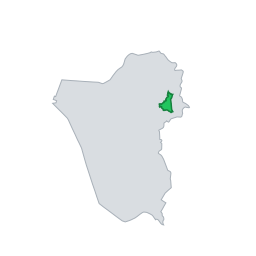 Chamchamal, As-Sulaymaniyah, Iraq shown in context, rotated 32°
{"feature_id": "34846034B49134433337490", "entity_name": "Chamchamal", "entity_type": "district", "adm_level": 2, "iso_a3": "IRQ", "parent_name": "Iraq", "parent_adm1": "As-Sulaymaniyah", "projection": "albers", "projection_center": [44.962, 35.42], "detail": "fine", "context": "in_parent", "style": "filled", "palette": "green", "viewbox_px": 256, "rotation_deg": 32, "n_neighbors": 0, "source": "geoboundaries", "source_scale": "gbopen_adm2", "svg_char_len": 5132}
<svg xmlns="http://www.w3.org/2000/svg" viewBox="0 0 256 256"><g transform="rotate(32 128 128)"><path d="M107.3,51.2L108.8,50.8L111.7,48.5L113.4,46.4L113.9,46.2L115.4,46.9L116.4,47.2L118.9,46.4L120.3,46.8L121.6,47.4L122.2,47.5L125.5,48.9L126.3,49.1L128.0,49.3L130.5,49.4L132.2,48.5L133.3,47.6L134.1,47.7L134.9,47.9L135.6,48.3L136.1,48.9L136.4,49.8L136.2,52.8L136.5,53.6L136.9,54.2L137.5,54.3L138.2,53.6L139.4,52.7L140.9,51.7L142.0,50.8L142.6,50.4L143.6,50.5L144.6,50.6L145.1,51.1L145.6,52.6L146.9,57.8L147.7,58.5L148.5,59.0L149.1,59.8L149.3,60.6L149.3,61.8L149.3,63.2L149.6,64.3L150.1,65.1L150.6,65.5L151.3,65.6L152.1,65.7L152.6,66.6L154.4,72.5L154.6,73.3L155.3,73.5L156.5,73.4L157.8,74.0L159.1,75.0L160.4,76.7L161.2,77.0L163.8,76.7L167.4,77.0L169.2,77.9L169.0,78.5L167.7,79.1L165.4,79.9L164.7,81.2L164.4,82.9L164.5,83.8L165.0,84.8L166.7,86.8L166.8,87.6L167.1,88.6L167.4,89.3L167.1,90.7L165.6,91.6L163.7,92.6L159.8,97.2L159.5,98.2L159.5,100.9L159.2,101.6L157.9,101.6L156.9,101.5L156.9,102.4L156.3,103.7L155.9,104.8L157.4,107.3L157.7,108.7L157.4,109.9L156.1,112.1L155.3,113.5L155.5,113.9L156.6,114.4L159.9,119.1L160.9,120.8L162.3,120.3L162.8,120.3L163.3,120.6L163.5,121.1L163.5,121.9L163.2,122.9L164.9,123.3L165.6,124.4L167.7,128.0L167.6,129.1L166.7,130.9L166.7,132.0L166.9,133.0L167.2,133.4L170.3,133.5L171.6,133.9L174.8,135.7L178.5,138.5L181.5,140.8L184.1,142.8L186.8,142.6L187.6,142.9L188.3,143.5L189.1,145.1L190.8,148.8L192.1,150.0L194.3,153.0L196.3,155.7L195.1,159.5L194.0,163.5L194.1,168.6L194.2,171.3L196.9,171.4L199.8,171.4L199.9,174.7L200.1,177.9L200.2,181.7L201.1,181.8L202.5,182.6L203.1,183.8L203.9,184.4L204.8,184.5L205.7,185.1L206.6,186.1L207.0,186.9L206.8,187.5L207.0,188.5L207.7,189.9L208.4,190.5L209.6,191.3L208.1,191.8L206.3,191.5L202.6,190.0L201.5,189.9L199.9,190.6L199.9,191.2L196.0,189.5L194.6,189.1L194.1,189.1L191.9,189.2L188.7,189.6L186.9,190.4L185.6,191.2L185.1,192.0L184.9,192.4L183.9,194.7L182.8,197.7L181.7,200.4L179.4,204.1L178.1,205.9L175.4,209.1L172.3,209.8L165.3,209.3L157.5,208.6L149.7,208.0L143.9,207.4L143.5,207.3L137.8,202.7L133.4,199.0L127.8,194.5L122.2,189.8L116.5,185.0L112.3,181.5L107.4,177.1L102.9,173.0L99.3,169.7L94.8,166.8L91.2,164.6L86.1,161.2L82.0,158.6L78.5,156.3L73.1,152.7L71.3,151.8L65.6,150.4L60.3,149.2L54.7,147.9L51.0,147.0L53.6,144.8L53.0,142.7L51.2,143.0L49.5,143.4L48.7,140.0L50.0,139.7L49.1,135.4L48.2,130.9L47.3,126.6L46.4,122.2L51.2,119.7L54.8,117.8L59.8,115.1L64.6,112.6L69.2,110.1L74.2,107.4L78.7,104.9L82.7,104.0L83.6,103.2L85.6,99.7L87.2,96.7L87.3,96.0L87.5,91.6L88.0,86.5L88.6,83.7L89.6,81.3L90.4,79.6L90.6,78.0L90.5,76.3L89.8,73.7L89.0,71.0L89.2,68.5L89.4,67.1L90.1,64.9L91.0,63.4L92.1,62.4L95.8,61.5L98.0,61.0L101.0,58.3L102.8,56.6L105.3,54.1L107.1,52.1L107.3,51.5L107.3,51.2Z" fill="#d9dde1" stroke="#a8b0b8" stroke-width="1"/><path d="M149.0,79.4L148.9,79.0L148.8,78.4L148.7,78.2L148.4,77.2L148.2,76.6L148.1,76.3L148.1,76.2L148.0,76.3L147.8,76.3L147.6,76.2L147.2,76.0L146.9,76.1L146.9,76.5L146.3,76.7L146.2,76.5L146.1,76.4L145.9,76.4L145.8,76.5L145.7,76.6L145.2,76.3L144.8,76.4L144.6,76.3L144.3,76.3L144.1,76.3L143.8,76.1L143.7,76.1L143.4,76.2L143.2,76.1L142.9,75.9L143.0,76.3L143.1,76.6L143.1,76.8L143.2,77.0L143.2,77.3L143.3,77.4L143.5,76.7L143.7,76.8L143.7,77.1L143.8,77.3L143.7,77.5L143.6,77.9L143.8,78.1L144.1,78.6L144.3,78.7L144.4,78.8L144.4,79.1L144.2,79.3L144.5,79.4L145.1,79.4L145.3,79.6L145.5,79.8L145.5,80.2L145.3,80.6L145.0,81.0L144.9,81.1L144.8,81.4L144.8,81.7L144.8,82.1L144.9,82.7L144.8,83.0L144.8,83.6L145.0,83.7L145.1,83.8L145.2,84.0L145.3,84.0L145.7,84.1L145.7,85.0L145.3,85.2L145.1,85.6L144.9,85.8L144.4,86.0L144.5,86.5L144.9,86.7L145.0,87.3L144.8,87.5L144.5,87.5L144.4,87.8L144.3,88.2L144.2,88.8L144.1,89.1L143.9,89.4L143.8,89.8L143.9,90.1L143.6,90.1L142.9,90.2L142.7,90.4L142.5,90.6L142.1,91.0L141.9,91.0L142.0,91.3L142.3,91.7L142.7,91.9L142.8,92.1L142.9,92.3L143.1,92.6L143.2,92.8L143.2,93.0L143.4,93.1L143.5,93.2L143.6,92.7L143.8,92.6L144.2,92.8L144.3,92.7L144.6,92.6L144.9,92.4L144.9,92.7L145.1,92.6L145.3,92.6L145.6,92.7L145.8,92.9L146.0,93.1L146.4,93.3L147.0,93.3L147.5,93.3L147.8,93.3L147.9,93.5L148.1,93.8L148.3,94.1L148.5,94.1L148.8,94.1L149.0,94.1L149.1,93.9L149.3,93.9L149.4,93.6L149.6,93.5L149.7,93.4L149.7,93.2L149.9,93.1L150.1,93.1L150.4,92.9L150.5,92.9L150.6,92.6L150.8,92.4L151.0,92.3L151.4,92.2L151.5,92.1L151.9,92.0L152.1,91.9L152.3,91.9L152.6,91.9L153.0,91.9L153.2,92.0L153.5,92.0L153.9,92.1L154.1,92.1L154.3,92.0L154.5,91.9L154.8,91.9L155.0,91.9L155.4,91.8L155.5,91.8L155.8,91.8L156.1,91.7L156.1,91.8L156.2,92.0L156.4,91.9L156.5,91.8L156.5,91.7L156.6,91.4L156.6,91.2L156.5,90.9L156.8,90.9L157.0,90.8L157.1,90.7L157.4,90.5L157.4,90.4L157.1,90.3L156.8,90.1L156.5,89.9L155.7,89.6L155.5,89.4L155.3,89.2L155.1,88.9L154.8,88.6L154.5,88.3L154.1,87.7L153.6,87.0L153.2,86.6L153.1,86.4L152.7,85.8L152.5,85.6L152.3,85.3L152.0,84.9L151.8,84.6L151.7,84.5L151.6,84.3L151.5,84.2L151.2,83.9L150.8,83.4L150.5,83.0L150.2,82.7L150.0,82.4L149.6,82.0L149.3,81.6L149.2,81.4L148.9,81.1L148.8,80.9L148.9,80.7L149.0,80.6L149.0,80.4L149.0,80.2L149.0,79.9L148.9,79.6L149.0,79.5L149.0,79.4Z" fill="#22c55e" stroke="#15803d" stroke-width="1.5"/></g></svg>